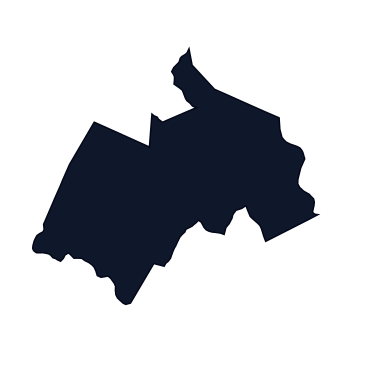 the district of Joaquim Pires, Piauí, Brazil, rotated 114°
{"feature_id": "56859067B20480941700570", "entity_name": "Joaquim Pires", "entity_type": "district", "adm_level": 2, "iso_a3": "BRA", "parent_name": "Brazil", "parent_adm1": "Piauí", "projection": "albers", "projection_center": [-42.062, -3.514], "detail": "fine", "context": "isolated", "style": "filled", "palette": "ink", "viewbox_px": 384, "rotation_deg": 114, "n_neighbors": 0, "source": "geoboundaries", "source_scale": "gbopen_adm2", "svg_char_len": 2108}
<svg xmlns="http://www.w3.org/2000/svg" viewBox="0 0 384 384"><g transform="rotate(114 192 192)"><path d="M103.1,134.0L99.1,137.2L88.8,142.6L89.0,158.6L89.0,175.4L89.0,185.8L89.0,213.3L76.1,243.5L62.4,253.0L67.0,253.1L69.3,254.2L72.2,256.3L74.5,257.1L78.7,256.6L85.9,259.3L90.3,259.5L92.0,256.9L93.6,255.0L96.8,253.6L100.7,252.3L102.0,245.6L102.9,242.2L109.2,235.9L110.7,233.7L111.5,230.2L113.3,226.4L113.1,222.3L140.3,247.4L139.2,252.2L137.8,254.2L137.8,257.7L137.1,260.3L168.2,249.2L168.0,304.1L168.0,309.7L216.8,315.1L233.3,315.0L240.2,314.8L254.6,314.8L258.5,314.7L281.9,314.4L286.5,311.8L289.0,311.9L292.4,314.5L294.8,315.9L298.1,316.2L300.9,316.2L305.5,315.5L308.3,314.6L310.0,312.8L310.8,309.5L309.5,306.5L308.1,303.5L307.3,300.3L306.8,297.8L307.1,295.5L308.6,292.4L308.3,289.4L308.7,287.1L308.7,283.9L304.9,282.5L301.2,282.4L297.8,280.0L299.1,276.3L300.5,273.0L298.8,269.3L297.4,265.8L298.2,262.1L298.4,257.3L299.3,253.5L300.5,250.7L303.4,247.5L306.9,244.5L306.9,240.4L305.2,237.8L303.0,234.7L303.8,231.2L305.0,229.3L306.9,226.0L309.2,223.5L312.9,222.0L316.6,219.9L319.0,217.1L320.1,214.2L320.9,211.6L321.6,209.6L321.6,206.8L319.9,204.7L318.5,203.0L272.9,197.8L271.1,187.2L268.1,187.1L264.5,185.4L261.2,184.7L258.3,185.0L253.8,185.3L250.3,185.3L248.1,185.0L244.9,185.0L241.2,184.9L238.3,184.8L235.2,183.9L231.5,182.3L228.5,182.4L226.1,180.4L223.3,178.1L220.4,176.8L218.5,175.8L215.2,174.6L215.8,171.3L217.5,169.1L219.6,166.3L220.8,163.5L220.9,160.7L220.4,157.4L219.1,153.5L218.0,149.5L217.7,145.4L214.0,146.0L210.8,146.6L205.8,145.2L199.9,144.8L196.1,145.5L190.8,144.4L186.8,139.9L182.5,137.2L184.8,134.9L186.8,132.9L188.8,130.8L190.6,128.9L191.6,126.2L192.6,123.0L193.7,119.5L194.9,116.4L197.0,113.9L199.9,111.3L202.4,109.2L204.7,107.0L207.1,104.6L171.7,75.9L161.5,67.8L162.4,70.9L161.5,73.7L154.8,75.1L151.4,76.2L148.8,78.2L147.5,81.6L146.4,84.1L146.2,86.6L145.8,90.5L144.0,95.6L141.6,98.7L137.4,100.4L125.7,102.5L115.9,102.5L110.8,106.8L109.3,108.6L107.9,111.3L107.7,114.6L108.3,122.0L108.1,126.2L107.3,128.5L105.6,132.0L103.1,134.0Z" fill="#0f172a" stroke="#020617" stroke-width="1.5"/></g></svg>